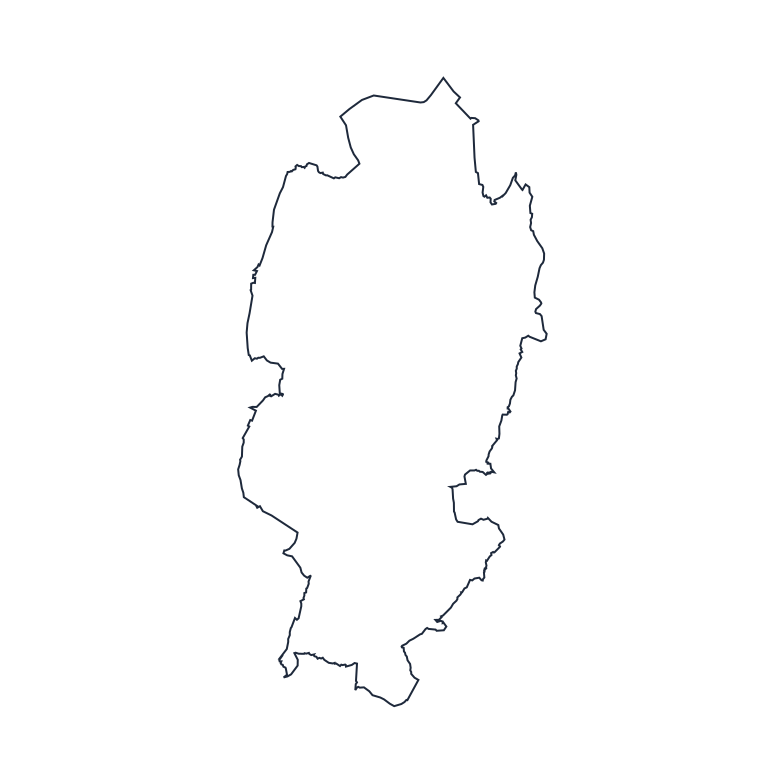 outline of Ocoyucan, Puebla, Mexico, rotated 13°
{"feature_id": "50627088B82486318160402", "entity_name": "Ocoyucan", "entity_type": "district", "adm_level": 2, "iso_a3": "MEX", "parent_name": "Mexico", "parent_adm1": "Puebla", "projection": "equal_earth", "projection_center": [-98.314, 18.93], "detail": "fine", "context": "isolated", "style": "outline", "palette": "slate", "viewbox_px": 768, "rotation_deg": 13, "n_neighbors": 0, "source": "geoboundaries", "source_scale": "gbopen_adm2", "svg_char_len": 6158}
<svg xmlns="http://www.w3.org/2000/svg" viewBox="0 0 768 768"><g transform="rotate(13 384 384)"><path d="M373.0,72.4L364.7,92.0L361.6,98.1L359.3,100.4L356.2,101.5L309.1,105.2L298.6,112.2L288.5,123.8L281.3,133.3L288.8,140.5L293.7,152.1L298.4,161.0L302.9,166.9L308.5,171.9L310.5,174.9L301.0,188.2L299.8,190.9L297.6,192.1L295.6,192.1L294.0,193.6L290.0,193.6L288.9,194.9L281.7,193.4L280.6,193.8L277.5,193.1L276.8,191.8L274.6,192.8L272.9,192.3L271.8,191.2L270.2,187.1L269.1,186.1L261.2,185.5L259.5,187.3L259.4,189.1L258.4,189.7L258.0,191.2L256.9,190.6L255.1,191.2L254.1,190.4L252.0,190.8L250.1,190.1L248.8,191.9L249.4,193.2L249.4,194.7L247.4,195.8L246.3,197.6L245.5,197.4L244.5,198.5L242.4,199.1L242.4,201.3L241.7,203.4L241.3,214.9L239.6,221.6L237.6,238.9L239.0,251.5L239.9,255.7L240.7,255.6L240.7,261.2L238.0,275.3L237.3,288.6L236.1,296.5L234.9,295.8L234.4,298.5L231.6,302.5L234.8,302.5L233.8,306.6L232.1,307.0L232.5,310.3L234.7,309.5L235.5,314.6L234.0,314.7L232.0,316.1L233.3,322.0L232.9,322.5L236.0,327.5L237.1,345.3L237.3,355.4L238.6,364.8L243.1,379.6L245.7,386.2L246.8,386.3L250.0,391.0L252.3,388.0L254.5,387.9L255.6,386.7L257.2,386.4L260.6,384.1L264.6,387.4L268.7,388.7L276.1,388.0L281.3,392.2L283.2,391.7L282.8,397.1L283.7,401.7L281.9,403.2L282.2,408.7L284.4,416.0L284.8,416.5L287.6,416.5L287.9,417.0L287.5,418.3L285.8,417.1L284.2,419.0L283.6,418.2L280.1,418.1L276.8,421.4L275.6,421.2L275.5,420.0L275.1,419.9L273.6,421.9L271.2,423.7L269.8,427.2L265.1,435.0L260.9,435.9L258.8,437.1L265.2,438.8L263.7,449.4L261.8,449.2L260.7,455.2L262.3,455.7L258.5,468.5L259.8,469.6L260.5,472.7L260.0,476.9L261.9,486.7L260.8,490.2L261.4,491.4L261.5,495.2L261.1,500.0L263.0,505.6L265.8,509.9L269.0,517.7L271.4,521.6L272.9,525.8L287.6,531.3L287.2,531.8L288.3,533.1L290.6,531.0L294.6,535.2L304.0,537.4L333.2,548.2L333.5,554.4L332.7,558.9L328.9,565.9L325.4,568.5L324.3,568.6L324.1,571.6L328.2,572.7L333.2,572.6L343.8,581.8L346.1,586.2L349.3,588.7L352.8,590.0L355.3,587.5L355.7,587.7L354.9,593.4L355.6,595.6L355.0,600.1L354.3,600.8L355.0,604.6L353.4,605.6L354.0,608.1L353.7,610.7L354.4,611.8L351.4,614.4L352.8,616.5L353.4,619.2L353.5,631.5L352.2,633.3L349.9,632.0L348.6,641.7L348.1,642.8L348.0,646.9L348.7,649.9L348.0,654.0L348.7,656.9L348.9,664.1L344.5,673.8L345.3,673.3L344.0,676.4L344.7,677.7L346.4,677.3L346.1,679.2L347.1,680.3L348.5,680.4L349.6,682.1L351.8,682.5L352.3,683.2L354.9,689.1L352.2,692.5L355.8,690.6L358.8,687.8L363.2,677.8L362.0,672.1L357.2,666.4L358.3,665.7L361.5,666.0L366.8,664.9L367.1,664.2L368.9,664.2L371.3,662.9L371.9,663.8L374.1,664.5L376.6,663.3L376.4,663.8L377.4,664.9L379.5,665.0L381.1,666.6L382.6,665.4L384.5,665.6L385.9,664.5L387.9,666.2L392.9,668.1L397.1,667.8L398.7,666.8L399.1,667.6L400.2,667.1L404.6,668.7L405.5,667.1L406.9,667.2L409.3,666.1L409.9,666.3L410.5,667.9L415.8,665.0L418.1,662.5L420.6,662.5L423.5,679.6L424.8,680.8L424.0,682.8L424.9,688.7L425.9,685.9L427.0,684.9L428.7,685.3L432.7,684.1L438.8,686.7L442.8,689.8L450.9,690.3L455.0,691.3L461.6,694.2L466.4,695.6L472.9,691.9L475.5,689.3L476.9,686.8L477.9,686.8L484.1,664.6L479.8,663.3L475.7,660.3L475.3,658.5L474.0,657.0L473.8,654.5L472.4,650.9L469.1,647.9L467.5,644.4L465.9,643.2L464.9,641.1L463.6,640.1L462.5,636.6L460.7,636.6L460.2,635.8L460.6,634.9L464.2,632.0L466.5,628.4L469.9,625.6L475.5,619.8L477.1,618.9L479.6,613.4L480.9,612.0L482.5,612.6L489.5,611.7L490.8,612.6L497.7,610.5L499.3,606.3L495.6,603.1L494.9,603.7L494.6,602.2L492.6,602.0L489.4,603.9L487.2,602.3L490.6,601.4L492.6,598.1L491.9,597.5L493.6,596.3L499.5,586.8L500.8,582.6L503.3,578.9L503.9,577.1L503.5,575.4L505.8,572.0L506.4,570.2L506.0,569.6L507.0,569.3L508.4,565.1L510.4,563.5L511.9,555.5L514.2,555.5L515.9,553.2L520.4,551.3L523.2,553.3L524.4,553.3L524.4,551.8L525.3,550.0L523.7,544.9L524.2,544.3L523.5,543.3L523.6,541.7L524.2,542.2L525.1,540.4L524.6,539.8L524.7,537.9L523.3,534.9L523.2,532.9L524.1,533.1L525.8,528.3L527.2,526.5L526.4,524.7L528.1,523.1L529.0,523.5L529.6,523.0L533.5,516.7L533.6,516.2L532.2,515.2L532.8,513.4L535.3,510.7L536.4,508.5L534.0,503.9L528.5,498.9L527.1,495.7L519.7,494.0L515.3,491.1L515.1,492.0L511.5,493.9L508.8,493.4L506.7,495.3L506.4,496.6L501.8,500.8L486.7,501.7L484.7,499.7L481.7,493.3L480.9,492.6L478.8,484.0L477.1,480.1L474.5,471.2L473.6,469.8L471.8,469.3L477.7,467.3L480.1,464.9L486.2,462.9L483.2,456.0L483.3,454.0L487.3,448.9L491.6,447.9L493.0,446.9L494.4,447.6L495.9,447.2L497.1,447.9L499.9,447.5L503.8,449.6L504.7,448.5L504.5,447.3L504.9,447.0L505.3,447.7L506.4,446.8L506.4,447.7L507.7,447.2L508.3,445.4L511.3,445.3L507.3,442.2L505.6,437.8L502.0,438.5L502.9,438.0L503.1,437.1L501.1,436.8L501.0,435.4L502.1,430.9L501.8,429.0L502.1,425.9L503.6,422.5L503.7,420.7L503.3,420.2L506.8,413.3L505.9,412.0L507.1,412.0L508.2,411.2L507.7,406.6L505.8,399.4L506.6,393.2L506.3,388.1L506.5,387.1L510.6,386.3L511.2,385.7L511.3,383.3L512.9,383.4L513.4,382.4L510.8,380.0L510.0,380.1L509.7,378.8L510.7,377.7L511.1,374.7L510.7,370.9L511.5,367.7L512.6,366.0L513.1,360.7L511.8,352.5L512.0,348.8L510.5,345.9L510.4,343.7L509.5,341.5L509.9,339.2L509.4,337.1L510.0,334.5L509.9,332.5L511.9,327.3L509.2,323.7L511.5,321.7L509.4,319.5L510.0,318.5L508.2,316.1L508.4,308.3L511.2,307.0L513.7,304.5L515.2,305.2L527.3,307.1L531.4,304.1L531.2,298.5L527.4,295.3L522.3,282.4L520.2,280.8L516.1,280.7L515.2,279.5L515.3,276.8L518.3,272.5L519.2,270.2L518.7,269.2L516.1,267.0L511.5,265.9L509.9,260.8L509.2,253.9L509.7,244.9L509.5,236.2L510.1,232.9L511.6,230.0L511.9,227.0L510.7,220.9L507.7,216.1L501.2,210.3L496.5,204.9L495.0,201.5L492.8,201.1L491.1,198.2L491.1,194.1L489.9,191.0L490.6,188.2L490.1,184.8L488.2,184.5L486.0,177.5L486.4,168.2L482.8,164.8L481.3,159.5L477.1,157.7L475.3,163.8L474.7,163.5L466.1,156.0L465.9,150.4L464.9,148.1L464.8,151.3L463.2,154.1L462.3,161.9L459.6,170.6L457.4,174.2L457.2,173.9L455.0,176.5L450.4,179.8L450.4,181.3L452.6,182.4L452.3,183.3L448.8,184.8L446.9,183.0L446.3,179.5L445.0,178.5L442.8,179.3L441.0,177.2L439.7,178.9L438.6,178.5L437.0,175.3L436.4,169.6L435.1,167.9L431.7,167.8L428.1,157.4L425.8,156.7L421.3,143.1L412.5,111.4L417.1,106.7L416.7,105.9L413.0,104.5L409.2,105.1L408.6,106.0L390.8,94.3L393.6,87.7L386.0,83.3L373.0,72.4Z" fill="none" stroke="#1e293b" stroke-width="2"/></g></svg>